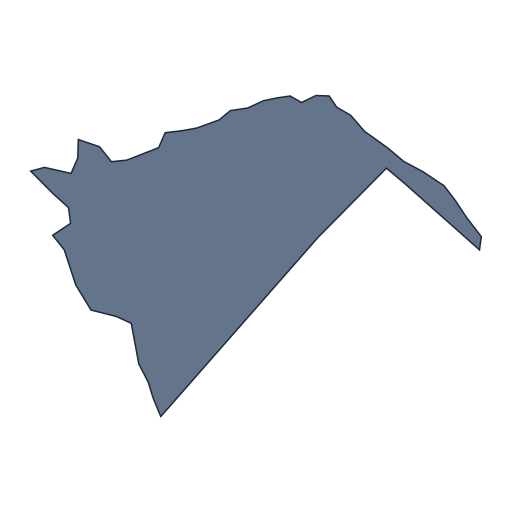 Camutanga, Pernambuco, Brazil
{"feature_id": "56859067B82745904918761", "entity_name": "Camutanga", "entity_type": "district", "adm_level": 2, "iso_a3": "BRA", "parent_name": "Brazil", "parent_adm1": "Pernambuco", "projection": "mercator", "projection_center": [-35.297, -7.442], "detail": "fine", "context": "isolated", "style": "filled", "palette": "slate", "viewbox_px": 512, "rotation_deg": 0, "n_neighbors": 0, "source": "geoboundaries", "source_scale": "gbopen_adm2", "svg_char_len": 714}
<svg xmlns="http://www.w3.org/2000/svg" viewBox="0 0 512 512"><path d="M30.7,171.1L53.2,193.8L68.5,207.6L70.6,223.3L52.7,235.3L64.3,249.9L75.7,284.8L91.0,310.1L116.1,316.4L131.3,323.4L138.8,363.9L148.1,381.9L153.3,398.5L160.8,416.5L318.1,237.3L386.4,168.2L404.2,183.1L479.5,249.9L481.3,236.6L466.8,217.8L455.4,200.6L444.0,185.7L422.8,171.6L403.7,161.4L387.9,148.1L377.8,140.8L364.6,131.4L350.7,115.3L336.7,107.2L329.2,96.0L316.0,95.5L301.5,102.5L290.1,96.0L277.7,97.8L263.5,100.7L247.7,108.0L230.4,110.6L219.0,120.0L196.5,128.1L182.0,130.7L165.2,132.7L158.7,147.6L126.9,160.1L111.4,161.7L99.5,146.8L78.3,139.5L77.8,158.0L71.1,173.4L44.4,167.4L30.7,171.1Z" fill="#64748b" stroke="#1e293b" stroke-width="1.5"/></svg>